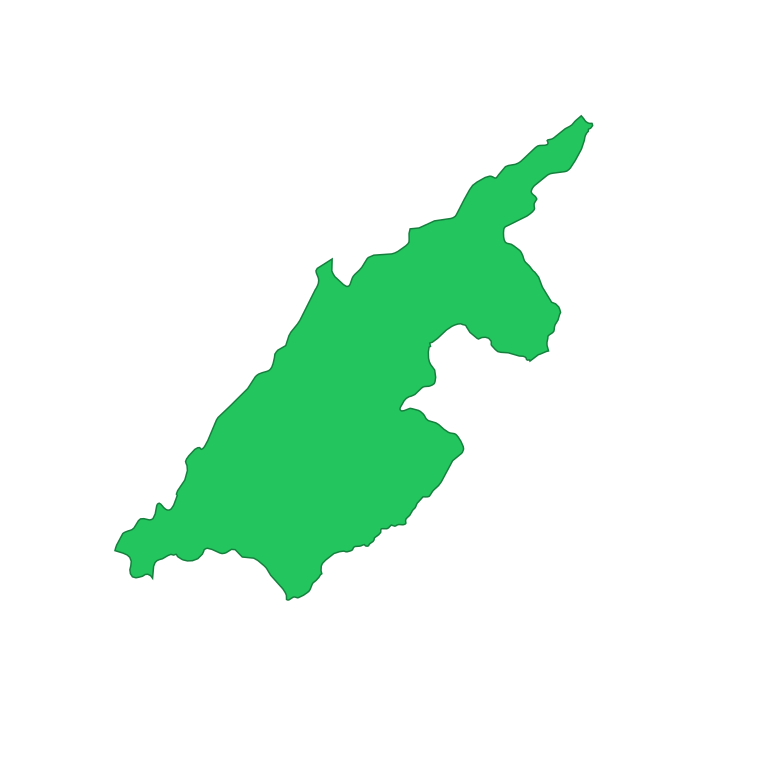 outline of Magway, rotated 57°
{"feature_id": "MMR-3276", "entity_name": "Magway", "entity_type": "Division", "adm_level": 1, "iso_a3": "MMR", "parent_name": "Myanmar", "parent_adm1": "", "projection": "albers", "projection_center": [94.956, 20.535], "detail": "fine", "context": "isolated", "style": "filled", "palette": "green", "viewbox_px": 768, "rotation_deg": 57, "n_neighbors": 0, "source": "natural_earth", "source_scale": "10m", "svg_char_len": 6142}
<svg xmlns="http://www.w3.org/2000/svg" viewBox="0 0 768 768"><g transform="rotate(57 384 384)"><path d="M377.2,700.4L375.1,698.1L373.4,695.8L367.2,684.6L367.1,683.4L367.2,681.9L367.9,678.5L368.5,676.6L368.9,674.5L368.5,671.9L364.9,664.4L364.5,661.7L366.1,658.8L370.3,654.7L371.0,652.9L371.1,651.1L368.4,646.7L362.5,641.1L361.9,640.3L361.4,639.5L361.3,638.5L361.6,637.4L363.4,636.6L367.9,636.0L370.2,635.3L371.9,634.2L372.8,632.7L372.9,630.7L371.7,627.7L370.8,626.0L364.9,618.1L363.3,618.1L361.1,615.2L356.1,603.4L349.6,596.1L345.1,593.6L342.7,593.2L340.9,592.6L339.3,590.3L337.9,586.7L335.8,578.3L336.0,574.9L337.0,573.2L338.5,573.1L339.3,572.7L339.5,571.3L338.8,568.7L335.5,562.6L323.0,544.2L321.7,541.4L318.8,525.8L313.6,500.8L307.9,488.1L307.5,486.1L307.4,483.8L308.2,480.0L309.6,475.4L310.0,473.4L309.8,471.4L308.8,469.0L306.5,465.9L302.4,461.7L299.5,459.2L298.5,456.9L297.8,454.6L298.3,445.5L291.7,437.4L289.8,433.8L286.6,423.9L284.8,419.8L267.3,390.0L266.8,388.7L265.3,386.2L263.8,384.2L261.5,382.3L259.3,381.3L253.8,380.2L252.0,379.4L250.7,377.0L250.9,359.4L260.8,366.2L263.2,366.6L267.0,366.8L278.5,363.9L281.6,362.4L282.6,360.9L282.6,359.7L281.9,358.1L278.0,353.1L276.9,351.1L276.2,348.7L275.1,342.6L274.1,339.1L269.7,329.8L269.4,328.3L270.4,322.4L279.1,306.7L280.0,303.7L280.4,300.1L280.0,290.5L279.5,287.8L278.7,285.9L276.8,284.4L271.4,281.0L268.1,277.6L272.2,269.7L274.7,252.8L281.5,238.0L282.2,235.6L282.2,233.0L281.5,231.2L272.9,216.2L267.7,206.4L265.7,201.4L265.3,195.9L265.9,186.7L267.2,182.3L268.1,181.1L269.4,180.1L271.6,178.9L272.2,177.9L272.1,176.9L271.9,176.4L270.9,173.7L267.9,163.8L268.5,160.7L271.3,154.2L271.9,150.7L271.8,147.8L268.2,128.2L268.1,125.5L268.7,123.6L271.6,118.7L272.1,116.6L271.6,115.4L270.5,114.9L268.7,114.6L268.5,113.6L269.9,110.1L270.1,108.0L268.6,93.0L269.1,87.7L269.0,85.2L267.6,80.4L266.5,72.5L270.3,72.0L272.2,72.0L274.1,71.7L276.0,70.8L276.8,70.2L277.5,69.5L278.7,67.6L279.4,67.7L280.8,68.2L281.7,70.3L282.0,71.5L281.9,72.5L281.7,73.2L281.7,73.8L283.2,74.9L283.4,75.2L283.5,75.6L283.8,76.9L284.0,77.5L285.3,79.8L286.5,81.2L288.8,83.3L294.5,90.4L300.7,101.8L304.3,109.9L304.8,111.8L305.0,114.6L304.4,116.6L299.2,127.5L298.3,129.7L298.0,131.0L297.8,133.1L299.6,150.0L300.5,152.6L301.5,154.3L302.7,155.7L303.9,156.1L305.4,156.1L309.4,154.9L312.1,155.1L314.3,159.6L315.3,160.4L317.0,161.4L318.6,162.0L319.6,163.1L320.4,165.6L320.8,168.5L321.0,172.7L318.2,196.7L318.8,198.5L320.0,199.7L322.5,201.6L325.9,203.6L328.6,204.7L330.9,205.0L332.2,204.6L333.0,204.2L336.1,201.2L338.9,199.9L346.0,197.4L348.4,197.2L352.3,197.8L354.9,198.6L357.1,199.1L359.1,199.0L364.4,197.8L370.0,197.4L372.5,196.6L378.6,196.1L389.0,198.4L406.7,198.9L410.3,196.4L414.6,195.5L416.9,195.9L420.1,196.9L421.3,198.8L425.1,203.2L427.5,208.2L429.0,210.0L431.3,211.8L432.4,213.1L432.8,215.0L432.8,218.5L433.2,220.5L435.0,221.8L437.9,224.7L440.3,226.2L445.9,228.0L445.2,229.9L443.9,237.2L443.5,238.4L444.3,249.1L443.1,248.8L442.0,250.8L440.9,251.1L439.8,250.7L438.5,250.8L437.6,251.4L436.9,251.9L436.4,252.3L434.2,255.3L425.5,262.8L421.1,268.7L418.8,270.9L415.7,271.9L410.1,272.8L409.1,272.5L407.3,271.2L406.1,270.8L402.6,271.3L400.0,273.5L398.3,276.6L397.7,280.3L396.3,281.1L387.5,283.8L381.1,283.7L380.7,283.6L380.2,283.5L379.1,283.8L378.4,284.2L377.2,285.5L375.2,286.9L373.9,289.5L373.0,292.8L372.6,295.7L372.7,302.1L374.9,314.3L375.3,320.6L374.6,323.4L377.8,324.5L377.6,326.1L381.3,329.4L386.6,332.6L389.9,333.8L392.8,334.3L399.9,333.9L406.5,337.0L409.9,340.0L410.8,341.3L411.1,342.1L411.1,343.0L411.1,344.3L410.6,346.8L410.1,348.1L409.6,348.9L408.2,351.5L407.8,353.0L407.9,354.9L409.6,363.7L409.4,365.3L409.0,367.8L408.3,369.9L408.2,373.2L409.0,376.2L412.4,382.8L413.5,384.2L414.5,384.5L415.6,384.3L416.3,383.8L417.3,381.6L418.6,375.4L420.0,373.9L424.9,369.5L426.9,368.4L430.6,367.4L432.3,367.3L435.9,367.6L438.1,367.1L439.3,366.4L444.8,361.7L447.9,360.2L454.3,358.5L459.4,356.4L461.2,355.1L464.0,352.0L465.4,351.2L467.5,350.8L468.7,350.7L473.8,350.7L479.5,351.6L481.6,352.5L482.1,352.9L482.6,353.5L483.9,355.3L484.4,356.7L485.7,368.2L497.3,389.3L498.9,393.6L499.9,399.6L500.5,401.9L501.4,403.7L502.8,407.0L502.7,407.8L502.4,408.8L501.3,410.7L500.6,411.6L500.1,412.4L499.9,412.8L502.1,421.1L503.0,422.7L503.9,423.8L504.7,425.1L504.8,425.4L505.5,428.6L505.8,429.5L506.5,430.5L507.1,431.9L507.5,432.7L507.8,433.1L508.1,433.8L508.9,438.1L509.1,438.9L510.0,440.0L510.7,440.5L512.6,441.4L512.9,441.9L513.0,442.5L512.7,444.1L512.1,445.2L509.9,448.1L509.4,449.8L509.4,451.4L509.2,452.1L508.9,452.6L506.2,454.7L507.1,458.5L507.1,459.3L506.9,460.5L505.9,462.0L504.1,464.7L504.1,465.2L504.3,465.8L505.1,466.5L506.2,467.2L506.7,467.7L507.5,470.5L507.8,475.7L509.4,477.4L509.8,478.2L510.0,478.7L510.1,479.2L510.2,482.6L510.5,483.7L511.2,485.1L511.1,485.8L510.8,486.5L509.8,487.6L509.2,487.8L508.1,487.9L507.8,488.5L507.5,489.4L507.2,491.5L506.7,492.8L504.6,496.6L504.4,497.4L504.6,498.6L505.2,499.7L505.5,500.1L505.9,501.0L505.9,502.0L505.6,503.4L504.7,506.2L503.9,507.4L502.6,508.4L502.0,509.2L500.4,512.7L498.9,518.3L499.9,528.9L500.9,533.2L501.6,534.4L502.6,535.8L506.1,538.4L509.3,539.5L509.3,541.1L510.7,543.9L511.8,548.2L512.0,550.6L512.2,551.9L512.5,552.8L515.7,557.3L516.6,558.9L517.0,560.2L517.2,562.6L517.3,566.6L516.6,571.9L516.4,572.6L516.1,573.1L514.3,574.6L513.7,575.3L513.5,575.8L513.3,576.5L513.3,577.4L513.3,580.9L513.2,581.5L513.0,581.9L512.5,582.6L511.6,583.1L508.0,580.9L506.8,580.7L504.9,580.4L500.8,580.4L482.7,583.2L474.5,582.9L471.6,583.4L463.3,585.9L459.1,588.1L451.9,597.1L441.9,599.0L439.6,602.0L439.5,608.0L439.3,609.1L438.9,610.3L438.0,612.2L436.2,613.8L429.1,618.3L425.6,621.5L425.2,622.6L425.0,623.3L425.1,625.2L426.3,626.6L427.8,629.1L429.1,635.3L427.9,640.8L425.3,645.2L422.2,648.2L420.8,649.1L416.6,651.0L415.9,651.1L414.4,650.9L413.7,651.0L413.4,651.6L412.9,653.6L410.8,655.5L410.2,658.6L409.9,665.0L408.9,668.1L408.5,670.7L409.1,673.3L411.4,676.5L420.9,683.9L417.6,684.1L414.8,685.8L413.7,688.0L413.7,691.3L412.5,694.9L411.4,697.6L408.7,700.0L405.0,700.0L401.4,698.3L398.4,695.2L395.0,692.5L390.9,691.6L387.5,692.5L383.8,694.9L377.2,700.4Z" fill="#22c55e" stroke="#15803d" stroke-width="1.5"/></g></svg>